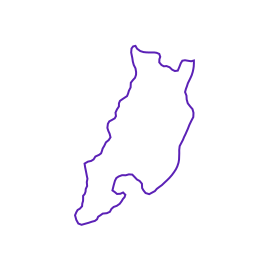 Alpercata, Minas Gerais, Brazil (Natural Earth projection), rotated 150°
{"feature_id": "56859067B994908166412", "entity_name": "Alpercata", "entity_type": "district", "adm_level": 2, "iso_a3": "BRA", "parent_name": "Brazil", "parent_adm1": "Minas Gerais", "projection": "natural_earth1", "projection_center": [-42.012, -18.997], "detail": "fine", "context": "isolated", "style": "outline", "palette": "violet", "viewbox_px": 256, "rotation_deg": 150, "n_neighbors": 0, "source": "geoboundaries", "source_scale": "gbopen_adm2", "svg_char_len": 2128}
<svg xmlns="http://www.w3.org/2000/svg" viewBox="0 0 256 256"><g transform="rotate(150 128 128)"><path d="M218.8,70.1L216.6,67.4L213.4,66.6L209.6,65.6L206.1,64.9L203.2,64.1L200.5,64.4L198.2,66.1L195.7,66.2L192.7,66.5L188.9,64.8L185.6,64.5L182.8,66.2L179.9,66.8L176.7,66.2L173.1,66.5L170.1,67.8L167.8,69.1L165.6,69.8L163.7,71.5L164.5,74.6L167.6,74.9L170.5,76.4L171.5,79.2L172.7,81.7L169.2,85.4L165.7,88.8L163.1,90.5L160.4,90.7L156.7,90.1L153.6,88.2L150.4,87.4L147.6,85.5L146.8,82.3L146.0,78.9L144.4,76.3L143.8,72.8L145.8,68.9L145.8,66.2L145.3,62.9L142.7,60.1L139.3,60.0L136.3,59.9L133.5,60.9L130.2,61.3L127.2,61.6L123.5,62.5L120.4,63.2L117.0,64.1L113.5,65.3L110.1,66.8L107.0,68.4L104.5,70.1L101.6,72.7L99.6,75.1L98.1,77.5L96.3,80.4L94.6,83.4L92.3,86.5L89.3,88.4L86.3,90.3L84.0,92.1L81.3,93.9L79.0,95.6L76.5,97.4L73.3,100.0L69.5,102.6L66.0,104.8L63.7,108.4L62.7,112.1L63.4,115.7L63.9,119.5L62.9,123.4L61.2,126.8L60.6,130.6L58.3,132.9L56.2,134.6L53.8,136.8L51.4,138.4L49.3,139.8L46.4,141.9L43.9,144.2L42.0,146.3L40.4,148.3L38.7,150.9L37.2,153.5L39.9,154.2L41.9,155.8L44.8,158.2L47.3,159.1L49.9,157.7L53.0,155.2L56.2,152.8L58.9,153.9L60.6,156.4L61.6,159.8L63.7,162.4L66.1,163.5L67.5,165.8L68.1,169.2L66.4,171.9L64.5,173.5L63.9,176.5L65.6,178.8L67.5,180.3L69.9,181.7L72.2,183.0L74.4,184.4L76.6,186.0L78.9,188.5L80.5,192.1L80.5,195.4L82.8,196.1L85.2,195.1L87.5,191.8L88.4,189.1L89.3,186.4L90.6,183.1L91.5,179.7L91.7,175.9L93.0,172.4L94.4,170.1L96.8,168.0L99.9,167.0L102.9,165.8L105.5,161.8L108.6,159.8L110.8,157.7L112.9,156.1L118.0,155.8L121.4,155.5L123.5,153.9L125.1,151.2L128.3,149.6L131.1,147.6L132.5,144.3L134.7,143.0L137.8,143.0L140.9,143.1L143.3,141.7L145.8,138.4L146.5,135.3L146.8,132.2L147.8,128.7L150.7,127.2L154.3,126.6L157.5,124.4L160.2,122.9L162.1,121.1L164.0,119.5L166.4,119.2L170.5,119.6L173.5,118.0L176.4,117.9L179.5,118.9L183.4,118.9L184.7,115.6L186.1,111.4L187.6,107.1L188.5,104.3L190.7,101.8L192.4,98.2L195.1,96.3L196.6,94.1L198.5,92.5L200.8,91.7L202.1,89.4L203.4,87.3L205.4,85.4L206.9,83.2L210.0,82.2L212.6,82.2L214.7,81.0L217.5,78.9L218.7,74.3L218.8,70.1Z" fill="none" stroke="#5b21b6" stroke-width="2"/></g></svg>